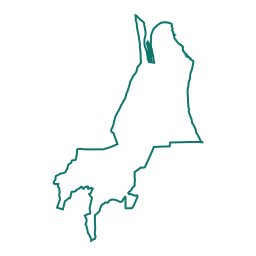 Labuhan Batu, Sumatera Utara, Indonesia
{"feature_id": "22746128B75065966155231", "entity_name": "Labuhan Batu", "entity_type": "district", "adm_level": 2, "iso_a3": "IDN", "parent_name": "Indonesia", "parent_adm1": "Sumatera Utara", "projection": "robinson", "projection_center": [100.13, 2.27], "detail": "fine", "context": "isolated", "style": "outline", "palette": "teal", "viewbox_px": 256, "rotation_deg": 0, "n_neighbors": 0, "source": "geoboundaries", "source_scale": "gbopen_adm2", "svg_char_len": 5594}
<svg xmlns="http://www.w3.org/2000/svg" viewBox="0 0 256 256"><path d="M193.4,62.3L193.2,61.6L193.0,60.8L192.2,60.4L191.5,60.0L190.8,58.9L190.6,58.7L190.4,58.8L190.4,58.6L190.2,58.6L190.2,58.4L189.9,58.1L189.6,57.9L189.4,57.5L189.0,57.5L188.7,57.5L188.3,57.2L188.6,57.3L188.7,57.0L188.6,56.9L188.4,56.9L188.1,56.9L188.0,57.0L187.7,56.9L187.9,56.6L187.8,56.2L187.4,55.5L187.0,55.3L186.8,55.4L186.9,55.2L186.7,55.0L186.3,55.3L186.2,55.0L186.3,54.6L186.2,54.6L185.7,54.5L185.9,54.2L185.3,53.3L184.6,52.5L184.4,52.6L184.2,52.5L183.4,51.1L183.1,50.2L182.9,50.2L183.0,49.8L182.8,48.3L182.9,48.0L182.8,47.9L183.1,47.6L183.1,47.2L182.5,46.1L182.0,45.7L181.6,45.7L181.3,45.4L180.6,44.8L180.4,44.5L180.1,44.3L179.6,44.4L178.8,43.5L178.6,43.5L178.4,43.3L176.3,40.8L175.8,39.8L175.4,39.7L174.7,38.8L174.5,38.3L174.2,37.0L174.0,36.6L173.9,36.1L173.9,35.8L174.0,35.8L173.9,35.9L174.2,35.8L174.6,35.3L174.4,35.3L174.4,35.0L174.2,34.7L173.8,34.9L173.6,34.6L173.6,33.6L173.1,32.9L172.9,31.6L172.1,30.5L172.4,30.2L172.4,29.1L172.5,28.9L172.5,28.1L172.3,27.5L171.7,26.4L171.7,26.0L171.8,26.0L172.0,25.7L171.8,25.2L171.8,24.6L171.8,24.4L171.7,24.0L170.6,23.3L169.4,23.1L169.0,22.9L168.8,22.7L168.4,22.8L167.1,22.5L166.8,22.3L166.2,22.4L165.5,22.2L165.3,22.4L164.7,22.3L163.8,22.3L162.6,22.6L162.3,22.5L161.9,22.7L161.4,22.8L159.7,23.6L159.2,24.0L158.8,24.2L158.6,24.4L157.8,24.9L157.6,25.1L157.4,25.1L156.5,26.1L156.4,26.1L155.9,26.6L155.5,27.1L155.3,27.1L155.1,27.5L154.8,27.7L153.4,29.4L152.8,30.5L151.1,35.0L151.1,38.9L150.8,44.3L151.0,46.5L151.2,47.7L151.6,48.7L152.5,53.6L153.1,55.6L153.4,57.7L153.5,59.4L154.1,62.7L149.1,62.1L148.7,61.4L147.8,59.2L147.5,56.4L147.0,53.5L146.7,51.4L144.9,46.5L144.5,44.8L144.4,41.2L144.5,39.2L145.4,35.7L145.6,33.9L145.5,31.7L145.0,28.6L144.2,24.8L144.1,23.9L143.9,22.5L142.7,21.4L141.7,20.9L141.0,20.2L140.6,19.9L138.7,18.1L138.1,17.5L137.8,17.0L137.3,16.7L136.7,15.9L135.5,15.4L135.8,18.6L135.8,20.9L136.2,21.5L136.6,22.6L136.9,26.2L137.5,30.3L137.8,31.5L138.3,33.9L138.6,35.0L139.2,39.8L139.5,41.4L139.9,44.2L139.9,47.1L140.6,53.0L140.6,58.1L141.0,62.3L140.6,62.5L140.6,63.3L139.2,65.2L137.6,66.9L136.3,71.9L135.2,73.8L133.7,75.2L130.0,82.2L129.6,84.9L128.8,87.1L128.4,88.8L127.9,89.8L127.4,91.8L126.5,93.1L126.3,94.0L125.4,97.9L121.1,105.4L119.0,109.9L118.4,111.1L117.8,111.8L116.6,114.3L115.6,116.1L114.0,121.6L113.5,124.5L112.5,127.1L111.1,130.0L111.3,131.1L111.9,132.2L113.4,132.9L114.5,136.1L117.5,144.1L110.5,147.1L107.1,148.2L105.4,148.6L103.8,149.3L86.5,149.4L84.1,149.2L83.1,149.3L81.6,148.9L79.8,148.8L77.5,149.2L77.0,150.3L77.0,151.6L76.9,154.4L76.6,155.3L75.8,159.7L74.7,160.2L72.6,160.3L72.0,160.5L71.6,161.1L71.2,162.7L69.3,163.9L68.2,165.0L67.7,166.7L67.5,167.9L66.9,169.3L66.2,170.5L65.6,172.0L64.0,172.9L60.0,173.8L58.8,174.6L57.7,175.2L56.7,175.6L55.8,176.1L55.6,176.8L55.5,179.5L54.9,180.0L54.1,181.6L53.7,183.0L53.8,183.5L54.5,183.6L55.1,184.0L56.7,184.0L58.2,183.8L58.4,183.9L58.4,184.3L58.0,185.5L57.9,186.2L58.8,187.8L59.3,188.9L59.4,191.0L59.8,192.2L59.7,192.7L59.2,193.8L59.3,195.4L59.7,197.7L59.9,199.9L57.6,205.9L57.1,207.6L62.8,209.4L63.2,208.2L64.8,201.5L65.2,201.0L66.4,200.2L68.7,198.2L70.0,198.2L70.3,197.5L71.5,192.1L71.7,191.8L74.3,191.6L75.3,191.3L75.9,190.9L76.6,189.6L78.0,189.2L79.0,188.6L80.2,187.6L80.8,186.9L81.1,186.7L81.5,186.8L81.8,187.0L82.6,188.3L83.0,188.7L83.5,188.8L84.4,187.5L85.0,187.1L86.0,186.8L86.4,186.5L87.6,186.5L88.1,186.7L88.0,187.2L87.8,187.8L87.8,188.2L87.8,188.5L88.1,188.8L88.9,188.8L90.8,188.0L91.9,188.1L92.6,188.4L92.8,188.7L92.7,188.9L92.6,189.1L92.1,189.4L91.8,190.2L91.1,192.7L90.8,193.0L89.1,194.0L90.3,195.9L91.6,197.2L91.8,197.6L91.8,198.4L91.6,199.6L89.9,206.6L89.6,208.7L90.2,211.5L90.3,213.0L89.8,213.8L88.1,214.0L85.6,215.1L84.8,215.7L85.9,217.7L86.4,219.0L86.6,220.5L86.3,222.7L85.7,223.7L85.5,224.4L85.6,224.7L86.5,225.9L86.8,228.0L87.4,229.9L87.9,232.9L89.0,234.4L90.7,238.0L91.4,240.0L91.3,240.6L93.5,239.3L94.7,239.0L95.6,236.7L95.0,235.0L95.0,233.9L94.8,233.3L94.7,232.5L95.0,231.0L95.2,230.4L95.1,229.8L95.2,227.3L95.1,225.0L94.9,221.2L94.9,215.2L97.4,213.3L98.4,212.4L99.3,211.3L99.6,210.7L100.2,208.3L100.7,207.5L101.1,205.9L101.7,205.1L102.7,204.2L104.1,203.6L104.9,202.7L105.3,202.5L106.1,202.4L106.8,202.6L107.9,202.7L109.0,201.1L110.5,200.0L112.6,199.5L114.8,199.8L116.5,200.3L118.0,200.8L118.7,201.3L119.8,201.8L120.8,201.9L122.1,201.3L122.5,200.9L122.8,200.4L123.0,199.3L123.7,198.7L124.5,198.7L124.5,197.7L124.8,197.1L125.0,196.8L125.4,196.8L125.5,197.2L125.5,207.2L125.6,208.1L126.1,208.3L131.7,208.2L132.2,207.9L133.6,205.9L137.3,197.4L137.6,196.2L136.9,195.4L135.4,195.8L133.6,195.2L130.8,194.0L130.0,194.2L129.0,194.1L128.5,193.5L128.3,192.7L128.8,192.1L130.0,191.3L131.4,189.9L132.1,188.2L133.8,186.5L134.7,185.4L134.6,182.4L135.0,179.9L134.7,178.1L134.6,172.2L140.0,168.2L140.7,167.5L141.5,167.7L143.8,167.6L144.4,167.4L145.3,166.8L145.5,166.0L145.8,165.2L150.6,154.7L152.5,150.3L153.8,147.0L160.4,146.6L169.6,146.4L170.2,142.5L195.2,141.9L200.1,142.1L202.3,142.4L202.3,142.2L201.1,142.0L199.1,137.5L196.0,132.0L195.7,129.5L194.4,126.6L192.9,124.0L192.2,123.3L191.7,119.9L191.3,118.5L190.0,115.4L189.1,112.8L188.7,111.3L189.0,108.9L188.9,108.2L188.4,107.4L187.8,95.7L187.6,90.2L187.9,88.1L188.5,85.9L188.4,84.3L188.6,82.4L189.9,79.0L190.1,77.8L190.1,75.1L190.4,73.8L191.2,71.2L191.5,70.6L192.7,66.1L193.0,63.7L193.4,62.3ZM151.5,61.1L151.0,57.8L151.1,56.6L151.3,55.2L149.5,48.9L148.8,43.6L148.5,42.5L147.8,41.6L147.0,42.9L147.0,43.8L148.2,48.3L148.6,50.7L149.3,56.6L149.5,59.9L149.6,60.7L150.3,61.5L151.5,61.7L151.5,61.1Z" fill="none" stroke="#0f766e" stroke-width="2"/></svg>